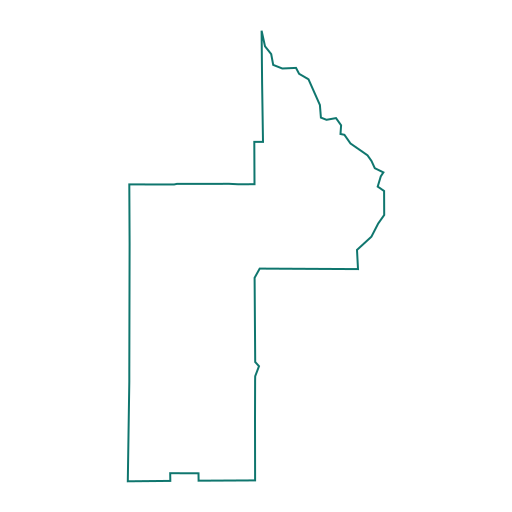 Lake, Florida, United States of America (Mercator projection)
{"feature_id": "52423323B41510935650721", "entity_name": "Lake", "entity_type": "district", "adm_level": 2, "iso_a3": "USA", "parent_name": "United States of America", "parent_adm1": "Florida", "projection": "mercator", "projection_center": [-81.605, 28.811], "detail": "fine", "context": "isolated", "style": "outline", "palette": "teal", "viewbox_px": 512, "rotation_deg": 0, "n_neighbors": 0, "source": "geoboundaries", "source_scale": "gbopen_adm2", "svg_char_len": 802}
<svg xmlns="http://www.w3.org/2000/svg" viewBox="0 0 512 512"><path d="M378.2,223.5L384.2,215.0L384.1,191.0L377.7,186.6L380.8,176.3L383.4,172.4L374.8,168.2L371.5,161.0L367.5,155.3L350.5,143.5L344.4,134.8L340.5,134.0L341.1,125.3L336.0,118.1L326.5,119.8L320.9,117.6L319.9,105.0L308.5,79.3L299.1,73.8L296.0,67.9L282.3,68.5L273.2,64.9L271.2,54.1L265.0,46.3L261.6,30.7L262.1,83.1L263.0,141.9L254.3,141.9L254.5,184.2L238.7,184.3L228.9,183.8L210.9,183.9L176.8,183.9L174.0,184.5L129.3,184.4L129.6,244.2L129.3,372.3L129.3,381.7L127.8,481.3L170.3,480.9L170.2,473.2L198.5,473.3L198.6,480.7L255.1,480.4L255.0,419.1L255.1,384.4L255.1,381.0L255.2,376.2L259.0,366.2L255.2,362.0L254.7,290.7L254.6,277.8L259.7,268.6L358.0,269.1L357.0,249.9L371.4,236.7L378.2,223.5Z" fill="none" stroke="#0f766e" stroke-width="2"/></svg>